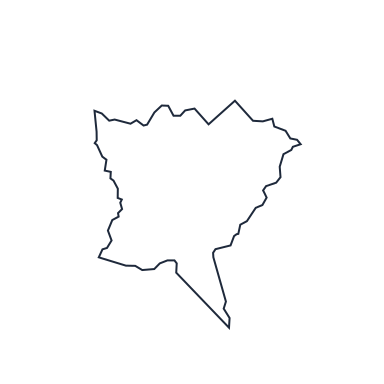 outline of Silver Bow, Montana, United States of America, rotated 48°
{"feature_id": "52423323B9619411594727", "entity_name": "Silver Bow", "entity_type": "district", "adm_level": 2, "iso_a3": "USA", "parent_name": "United States of America", "parent_adm1": "Montana", "projection": "mercator", "projection_center": [-112.671, 45.905], "detail": "fine", "context": "isolated", "style": "outline", "palette": "slate", "viewbox_px": 384, "rotation_deg": 48, "n_neighbors": 0, "source": "geoboundaries", "source_scale": "gbopen_adm2", "svg_char_len": 1153}
<svg xmlns="http://www.w3.org/2000/svg" viewBox="0 0 384 384"><g transform="rotate(48 192 192)"><path d="M178.2,305.0L202.5,290.4L208.9,283.6L216.7,281.2L224.0,271.6L223.5,263.7L226.4,256.0L231.1,250.8L234.8,251.1L241.4,257.7L317.6,255.3L310.8,248.4L299.9,246.5L296.1,240.1L254.8,219.8L251.3,217.0L250.2,212.8L257.5,199.1L252.9,190.2L253.2,187.1L254.1,185.6L248.6,178.0L250.4,170.7L246.4,155.2L248.8,148.4L246.1,140.3L242.1,139.1L238.4,138.1L237.2,133.0L241.4,123.2L240.2,116.3L231.9,109.9L225.1,98.7L227.2,90.1L225.9,86.8L229.2,79.3L223.5,79.0L218.0,83.1L209.1,81.5L198.4,87.0L191.3,83.3L186.9,92.1L179.9,99.0L152.9,99.0L152.8,126.5L152.8,134.4L131.7,134.3L126.8,142.5L127.5,149.7L123.0,154.7L112.0,152.0L107.5,156.6L107.7,166.7L111.9,180.3L110.2,183.5L101.5,185.2L100.1,192.0L86.4,201.0L83.6,205.8L73.3,206.5L66.4,210.1L83.4,222.6L89.8,228.2L90.6,231.6L93.6,231.2L105.7,235.0L110.8,234.0L117.7,242.5L122.7,238.9L127.3,243.5L131.0,242.7L139.9,244.9L146.7,251.2L150.6,249.2L152.0,252.5L157.9,255.4L158.2,261.1L161.2,263.0L159.5,270.0L164.4,280.3L174.2,284.2L176.7,292.6L174.7,296.9L178.2,305.0Z" fill="none" stroke="#1e293b" stroke-width="2"/></g></svg>